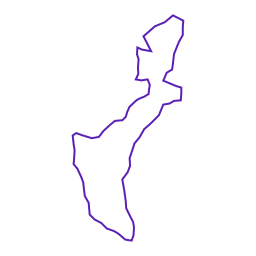 Evrychou, Nicosia, Cyprus
{"feature_id": "46923920B84453805319018", "entity_name": "Evrychou", "entity_type": "district", "adm_level": 2, "iso_a3": "CYP", "parent_name": "Cyprus", "parent_adm1": "Nicosia", "projection": "equal_earth", "projection_center": [32.917, 35.056], "detail": "fine", "context": "isolated", "style": "outline", "palette": "violet", "viewbox_px": 256, "rotation_deg": 0, "n_neighbors": 0, "source": "geoboundaries", "source_scale": "gbopen_adm2", "svg_char_len": 1121}
<svg xmlns="http://www.w3.org/2000/svg" viewBox="0 0 256 256"><path d="M173.0,15.4L164.8,22.2L154.9,26.3L143.5,36.3L151.1,51.2L142.0,49.6L137.4,47.5L137.0,54.2L138.6,59.3L138.0,67.2L138.3,74.0L135.8,79.4L141.4,80.4L147.6,79.4L149.8,84.8L148.9,90.6L148.6,94.0L144.2,96.7L139.8,98.4L136.7,100.1L133.6,102.9L129.5,106.9L127.3,111.7L125.8,116.8L122.4,120.2L114.9,120.9L109.9,125.0L103.3,131.1L98.9,136.9L91.8,138.2L82.1,135.2L76.2,133.1L72.7,135.5L73.6,143.9L74.6,150.3L74.1,158.8L73.6,164.1L77.5,168.9L81.4,177.4L83.3,182.7L83.8,188.0L84.8,196.0L88.7,202.9L89.2,209.3L89.7,214.6L94.5,219.4L101.4,223.1L106.7,228.4L114.0,231.1L118.4,233.7L125.3,239.6L131.6,240.6L133.5,235.3L134.0,227.3L133.1,222.0L130.6,217.2L126.2,208.2L125.7,200.8L124.3,190.7L122.3,179.5L127.7,172.1L130.1,165.7L129.6,158.2L132.1,150.8L134.5,143.4L139.4,137.5L144.3,129.0L148.7,125.3L152.6,121.6L158.9,115.2L163.3,104.6L169.6,103.5L174.0,100.9L180.8,100.3L181.3,93.4L181.3,87.6L176.0,86.0L163.3,80.7L166.7,72.7L172.1,69.5L173.0,63.2L174.0,54.1L178.9,41.9L182.8,35.0L182.8,26.5L183.3,20.7L173.0,15.4Z" fill="none" stroke="#5b21b6" stroke-width="2"/></svg>